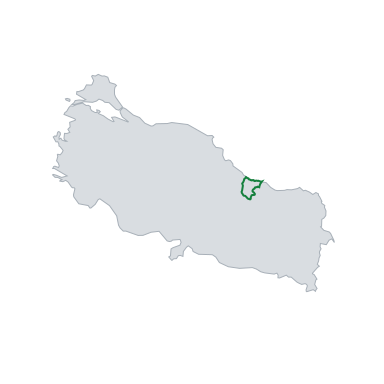 Turkey, with Giresun highlighted, rotated 24°
{"feature_id": "TUR-2292", "entity_name": "Giresun", "entity_type": "Province", "adm_level": 1, "iso_a3": "TUR", "parent_name": "Turkey", "parent_adm1": "", "projection": "orthographic", "projection_center": [38.652, 40.562], "detail": "fine", "context": "in_parent", "style": "outline", "palette": "green", "viewbox_px": 384, "rotation_deg": 24, "n_neighbors": 0, "source": "natural_earth", "source_scale": "10m", "svg_char_len": 4835}
<svg xmlns="http://www.w3.org/2000/svg" viewBox="0 0 384 384"><g transform="rotate(24 192 192)"><path d="M288.4,144.0L293.3,145.6L294.9,144.3L299.3,144.3L303.4,145.1L305.4,142.1L308.3,142.3L308.9,143.7L310.2,144.2L314.5,147.7L314.1,148.2L315.2,149.6L318.8,150.3L319.2,152.1L322.1,154.8L323.8,159.1L323.1,162.2L321.7,164.2L324.3,170.6L323.6,171.5L328.1,173.4L333.6,172.7L335.5,173.5L341.1,178.3L342.6,180.2L338.8,178.0L336.8,180.3L336.1,185.5L330.2,186.8L331.3,190.0L333.0,191.4L332.7,194.6L333.2,195.8L334.9,197.8L334.9,200.6L335.7,203.5L335.9,207.1L338.5,208.0L337.4,209.8L335.1,217.1L335.3,217.7L337.2,217.8L341.6,220.8L340.9,222.0L341.7,226.6L345.5,229.3L345.0,230.9L345.2,232.5L342.5,231.9L337.4,236.4L336.8,236.3L336.0,235.0L335.6,230.8L334.3,229.8L332.6,229.7L329.8,231.8L327.1,231.8L324.4,231.6L317.3,229.4L314.8,230.5L312.0,229.6L307.0,234.9L305.4,235.4L304.5,232.9L302.6,231.6L300.4,233.6L291.4,236.3L287.2,236.9L282.1,236.2L277.9,236.5L266.5,242.4L255.6,245.5L245.7,245.3L240.3,241.8L236.1,241.0L223.4,246.2L217.2,245.9L215.2,243.7L210.5,242.7L209.4,244.8L208.3,249.8L209.9,254.5L207.2,254.7L205.4,255.7L204.9,259.2L202.4,260.5L201.5,262.6L201.1,262.6L197.2,260.8L198.3,259.1L196.0,252.5L197.3,250.6L202.6,245.5L202.5,242.4L200.4,240.2L193.8,243.8L193.1,245.3L191.6,246.4L189.2,246.8L177.9,241.3L171.0,245.4L164.9,251.5L160.4,253.6L147.5,254.6L145.1,255.7L140.9,254.1L138.4,252.2L132.9,244.4L122.2,238.0L110.6,235.7L109.4,237.0L108.6,242.6L106.2,247.7L105.2,248.2L102.7,246.6L93.4,248.8L86.0,244.5L84.9,242.9L83.7,236.6L82.6,236.0L81.3,236.7L80.0,236.5L74.8,233.3L71.9,232.7L69.8,235.1L66.8,235.8L66.8,235.1L68.2,233.6L63.5,233.3L60.9,234.3L57.7,233.1L58.0,232.4L60.8,231.9L67.0,231.7L71.4,228.1L56.7,226.5L55.2,227.2L55.3,225.1L56.2,224.2L60.1,223.9L60.1,222.1L58.0,219.9L55.6,218.6L54.9,214.0L53.8,212.7L54.0,212.1L56.5,211.6L57.4,208.5L57.3,206.4L52.8,204.1L51.8,204.1L50.8,202.2L49.0,200.7L47.3,201.5L42.9,198.2L44.0,196.4L45.2,196.6L45.6,195.1L45.0,192.5L45.3,191.2L46.3,191.0L47.5,191.4L48.4,193.1L48.2,196.0L49.2,197.8L50.3,196.2L52.3,197.5L56.2,197.1L57.1,196.5L54.3,196.2L53.3,195.3L51.7,190.3L54.1,189.3L56.1,187.2L53.1,185.2L54.2,182.1L51.9,178.1L56.2,173.9L56.1,173.2L55.0,172.8L43.5,173.2L43.6,171.1L44.7,169.4L45.2,164.9L46.0,162.6L48.2,162.1L51.2,158.9L55.9,155.3L60.1,156.0L62.0,155.0L64.5,155.3L65.1,157.1L67.2,158.5L71.1,158.8L73.1,158.0L71.6,155.7L73.9,155.3L75.6,156.0L74.4,158.1L74.9,158.4L80.1,158.4L85.3,159.5L91.3,159.9L92.1,159.3L88.2,156.5L91.0,154.8L92.6,154.6L105.1,154.1L105.2,153.6L97.8,151.8L94.2,148.7L93.3,147.2L94.4,143.7L95.3,142.9L98.1,143.1L107.1,145.6L113.8,145.3L120.9,148.3L127.8,148.4L129.4,147.5L131.4,144.3L141.6,139.5L145.2,136.8L160.7,132.1L183.3,134.3L187.4,132.2L189.6,133.0L188.9,134.5L189.0,135.9L191.6,139.4L195.6,141.5L201.2,140.0L203.3,140.7L205.1,146.1L208.6,149.4L210.2,149.7L212.4,147.8L214.4,147.7L217.8,149.6L218.9,151.5L229.8,153.8L232.1,155.5L239.5,157.1L255.9,153.3L262.0,155.8L267.0,156.5L269.2,156.1L275.8,152.9L277.8,151.2L281.9,149.6L287.0,146.0L288.4,144.0ZM79.7,125.4L79.0,127.7L79.7,130.4L81.5,134.3L83.6,136.4L94.0,142.6L91.9,147.0L89.1,147.4L79.9,144.1L75.9,145.5L73.2,144.7L69.2,145.0L67.8,147.7L64.7,150.5L56.7,153.4L48.7,160.1L46.6,160.9L47.9,158.4L48.1,156.0L51.5,153.8L56.0,152.3L57.4,150.8L46.7,149.6L46.0,147.0L47.2,146.7L51.2,143.0L51.8,141.3L52.0,137.1L56.5,135.3L57.0,134.4L56.9,130.2L53.3,127.2L53.5,126.1L56.5,125.4L58.5,122.7L62.6,122.7L64.7,121.6L68.4,121.4L72.3,125.5L77.7,124.8L79.7,125.4ZM43.2,159.1L39.5,159.2L38.5,158.4L39.8,157.3L42.7,156.9L43.4,158.2L43.2,159.1Z" fill="#d9dde1" stroke="#a8b0b8" stroke-width="1"/><path d="M235.3,156.4L236.0,156.5L236.7,156.8L237.0,156.8L237.7,156.6L238.0,156.6L238.7,157.3L239.0,157.3L239.6,157.1L240.2,157.2L240.6,157.3L240.8,157.1L242.0,157.1L242.2,156.9L242.8,156.3L243.0,156.2L243.5,156.1L243.8,156.2L244.1,156.5L244.3,156.5L244.6,156.5L244.8,156.5L244.9,156.4L245.0,156.3L245.2,156.1L245.4,156.1L245.7,155.7L245.8,155.6L246.2,155.4L247.3,155.2L247.6,155.0L247.8,154.8L248.1,154.7L249.9,154.6L251.2,154.3L251.3,154.3L251.6,154.0L251.1,156.6L251.1,157.6L251.3,159.5L251.5,160.3L249.7,160.5L249.5,160.8L249.5,161.1L249.2,161.3L248.8,161.4L248.3,161.8L247.8,162.1L247.6,162.6L247.8,163.3L247.5,163.8L247.1,164.3L246.9,164.6L246.7,165.6L246.8,166.4L247.2,166.9L249.1,167.4L249.5,167.8L250.0,168.2L250.3,168.3L250.3,169.1L249.8,169.5L248.2,170.3L247.8,170.8L247.8,171.5L247.9,172.2L247.8,172.9L248.0,173.6L248.4,174.2L248.3,174.9L247.6,175.2L246.2,175.3L245.5,175.3L243.9,174.5L242.2,173.9L240.6,174.3L239.6,173.7L238.7,173.0L237.8,172.5L237.2,171.6L237.2,170.4L235.9,165.5L234.4,163.8L234.5,163.2L234.7,162.8L234.8,162.1L234.7,161.4L234.8,160.7L234.7,160.0L234.5,159.4L234.5,158.7L234.7,158.2L235.1,157.8L235.3,157.2L235.3,156.5L235.3,156.4Z" fill="none" stroke="#15803d" stroke-width="2"/></g></svg>